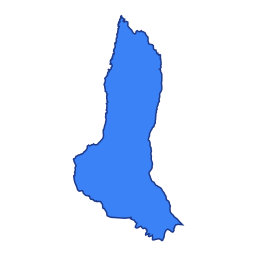 Butha-Buthe (Leribe District), Leribe, Lesotho
{"feature_id": "5366337B16917796092700", "entity_name": "Butha-Buthe (Leribe District)", "entity_type": "district", "adm_level": 2, "iso_a3": "LSO", "parent_name": "Lesotho", "parent_adm1": "Leribe", "projection": "equal_earth", "projection_center": [28.227, -28.764], "detail": "fine", "context": "isolated", "style": "filled", "palette": "blue", "viewbox_px": 256, "rotation_deg": 0, "n_neighbors": 0, "source": "geoboundaries", "source_scale": "gbopen_adm2", "svg_char_len": 5831}
<svg xmlns="http://www.w3.org/2000/svg" viewBox="0 0 256 256"><path d="M182.5,224.7L178.9,221.1L177.3,219.1L174.0,216.6L173.4,215.4L171.6,213.8L170.8,212.7L170.4,212.1L170.1,210.8L169.9,207.6L170.3,206.7L170.3,205.9L169.5,204.1L169.1,202.1L168.6,201.3L167.7,200.5L166.9,200.2L166.4,199.3L166.1,198.0L166.1,197.1L165.9,196.2L164.9,194.8L164.3,193.2L162.5,190.8L161.1,188.3L160.4,187.8L158.1,186.5L157.2,185.8L155.6,185.1L154.0,182.3L152.1,181.4L151.7,180.8L150.9,178.7L150.2,177.3L150.0,176.1L149.1,174.1L149.0,172.9L149.2,172.2L151.5,169.0L152.1,167.8L152.1,165.7L152.5,164.4L152.3,162.8L151.6,160.8L151.2,159.4L151.3,157.4L151.4,156.2L151.0,154.8L150.9,153.5L150.9,152.7L151.3,151.8L151.4,150.6L151.2,150.4L150.9,149.8L151.1,149.2L151.1,148.0L149.8,145.5L150.1,144.4L150.0,143.0L149.7,141.6L149.2,140.7L148.6,140.4L148.3,139.8L148.8,137.3L149.5,135.9L149.5,133.8L150.7,130.9L151.6,129.7L152.5,127.4L153.2,127.2L153.9,126.6L154.3,124.4L155.3,123.1L155.2,121.1L155.6,118.9L155.6,116.9L155.8,116.2L155.9,113.3L156.4,112.4L156.4,111.2L156.3,110.4L156.5,109.9L157.1,109.4L156.8,108.3L157.1,106.7L158.0,104.9L158.2,102.8L158.8,102.3L159.3,101.3L159.4,100.9L159.1,99.8L159.0,98.7L159.5,97.7L159.7,97.1L159.7,95.1L159.5,94.4L159.9,93.3L160.9,91.6L161.4,90.5L161.8,89.0L161.8,86.3L161.4,83.3L161.8,80.6L161.8,75.1L161.6,73.5L160.7,72.0L160.4,69.5L159.5,69.1L160.2,68.7L161.1,67.1L160.6,65.2L161.1,64.6L161.0,61.6L160.5,59.7L160.8,59.0L160.2,58.4L160.4,57.4L160.5,55.3L160.0,54.6L159.6,54.6L159.0,55.2L158.2,54.5L157.8,53.3L157.0,53.6L155.8,50.0L154.7,50.0L153.5,48.9L153.4,46.6L153.2,45.5L152.3,44.7L148.9,44.0L147.9,40.3L148.1,38.2L147.7,36.8L146.5,35.8L145.0,32.8L143.0,31.7L141.7,31.4L141.2,30.7L140.2,31.6L138.5,31.5L137.1,30.7L136.1,31.6L135.9,32.9L135.4,33.7L134.5,33.8L133.3,33.1L131.6,30.1L129.6,28.2L128.0,26.2L127.7,25.5L127.9,24.3L127.8,22.1L126.3,21.4L124.9,21.5L124.1,22.0L123.4,21.4L123.2,20.8L123.9,20.2L124.5,20.2L124.7,19.2L123.8,18.9L121.9,17.4L121.6,15.7L121.7,15.4L120.7,16.4L120.8,17.4L120.9,17.7L120.5,18.0L120.4,18.3L120.7,18.6L119.8,19.4L119.5,20.1L120.0,21.4L119.9,22.0L119.7,22.1L119.3,21.7L118.9,21.8L118.7,22.2L118.7,22.8L118.9,23.2L118.8,23.8L118.5,24.1L118.4,23.8L118.2,23.9L118.0,24.4L118.3,26.0L118.2,26.5L118.5,26.6L119.1,26.3L119.3,26.7L119.0,27.7L118.7,27.9L118.4,28.4L118.1,28.5L117.9,29.0L118.2,29.4L117.6,32.5L117.7,33.4L117.5,33.8L117.2,33.7L116.8,34.2L116.9,35.1L117.1,35.8L117.1,36.6L117.2,37.2L117.1,37.5L116.4,38.0L116.2,39.9L116.4,41.4L116.1,41.6L115.9,42.1L116.0,43.0L115.6,43.0L115.3,42.7L115.0,42.9L114.8,43.3L115.0,44.3L114.9,44.9L115.3,46.0L115.0,46.9L115.1,47.7L114.4,48.4L114.2,49.4L113.8,49.7L113.7,50.1L113.9,50.3L113.6,51.4L114.2,52.4L114.2,54.0L113.8,54.1L113.3,53.8L113.1,54.0L112.7,56.3L112.6,56.8L112.2,57.0L112.1,57.6L112.1,58.2L112.3,58.5L111.8,58.5L111.6,58.9L111.4,59.8L110.9,59.7L110.3,61.2L110.7,63.1L110.3,63.4L110.1,64.2L110.3,64.3L110.7,63.9L111.3,63.8L111.2,64.1L111.3,64.4L111.9,64.9L112.2,66.0L112.2,66.4L111.1,67.4L111.0,67.8L111.2,68.8L110.9,69.4L110.4,69.6L109.4,69.8L108.9,69.4L108.6,69.4L108.3,69.7L108.9,70.7L109.3,70.6L109.4,70.9L109.0,71.8L108.1,72.0L107.9,72.4L107.6,73.1L107.8,73.9L107.4,74.3L107.5,75.1L107.4,75.7L106.6,76.0L106.1,77.1L105.6,77.4L104.8,78.4L105.3,79.9L105.2,81.8L104.5,83.1L104.4,84.0L104.1,84.8L104.9,86.5L104.8,87.8L105.1,88.6L105.3,90.3L105.2,91.2L106.4,92.1L106.8,94.0L107.5,94.5L106.7,95.8L106.7,96.8L106.8,99.2L107.2,100.7L107.0,101.3L107.8,102.1L107.0,103.2L106.4,103.4L106.6,104.2L107.0,104.7L107.0,106.0L106.7,106.9L107.0,107.8L106.7,108.9L106.3,109.8L106.4,110.3L107.0,110.5L107.1,111.6L106.8,113.1L106.2,112.8L105.7,113.8L105.9,116.0L105.5,117.0L106.1,119.0L106.1,120.1L105.6,121.9L105.6,123.2L105.4,123.4L105.5,123.9L104.7,125.4L104.3,127.5L103.7,129.7L103.3,129.8L103.2,131.3L103.5,135.7L103.4,136.7L102.6,138.7L99.8,141.9L98.4,143.2L97.4,144.5L95.7,144.8L94.0,144.4L93.5,144.0L93.2,144.5L91.9,144.7L89.9,145.8L89.4,145.7L88.6,145.1L88.2,145.5L87.4,146.0L87.2,146.5L87.2,147.1L87.4,147.6L87.3,148.1L86.4,149.8L85.3,150.8L84.9,151.4L84.0,151.9L83.4,153.0L81.7,154.1L81.3,154.0L81.2,154.4L80.1,154.6L79.3,155.1L78.8,155.0L78.2,155.1L77.9,155.6L75.9,156.4L75.8,157.3L75.4,157.8L74.8,158.4L73.6,158.9L73.5,159.3L73.9,160.3L74.0,161.0L74.5,162.6L75.1,163.2L75.3,164.3L76.0,165.4L76.0,166.1L75.6,166.6L75.1,167.6L75.1,168.3L75.3,169.3L75.3,170.8L74.9,171.3L74.6,172.4L75.1,172.9L75.1,173.2L74.8,173.7L74.8,175.6L73.9,175.6L73.8,177.1L73.8,177.6L74.3,178.6L74.2,179.3L74.2,179.9L74.6,180.7L74.7,181.9L77.0,187.5L77.4,189.2L78.0,190.2L78.5,190.7L79.2,191.1L79.8,191.1L82.0,190.6L82.4,190.8L83.0,191.7L83.2,192.3L83.2,193.0L85.1,194.9L86.3,195.6L87.4,195.6L88.2,195.8L88.4,196.1L88.9,195.9L89.4,196.1L89.7,196.4L90.0,198.1L90.8,199.2L91.2,199.3L92.1,199.3L92.4,199.6L93.3,199.5L93.8,200.4L94.8,201.2L95.3,201.1L96.0,200.7L96.3,200.8L96.3,201.2L96.5,201.5L97.7,201.6L98.8,201.4L100.4,201.6L101.2,202.0L101.2,202.7L101.3,203.0L101.9,203.5L102.5,204.6L102.8,207.8L103.2,208.5L104.2,208.4L106.6,212.4L107.1,215.6L108.1,216.2L111.1,217.3L125.1,218.2L131.0,217.5L130.5,218.7L132.4,219.6L134.1,220.2L134.8,221.0L135.3,222.1L136.0,222.7L136.8,223.1L136.6,224.0L135.4,226.5L135.4,227.4L136.4,227.9L137.3,227.9L138.5,227.4L139.6,226.7L140.5,226.3L141.2,226.4L142.2,227.9L143.2,228.6L144.6,228.0L145.4,228.3L146.1,228.9L146.1,229.5L146.5,230.1L147.1,230.2L147.1,231.2L146.7,232.1L146.0,233.0L145.6,234.3L145.7,235.0L148.9,233.7L149.3,233.8L148.6,234.8L148.5,236.3L149.3,236.6L150.3,236.3L152.3,235.2L152.3,236.1L152.6,236.9L152.5,239.6L153.1,240.0L158.7,238.7L160.4,239.3L161.8,240.6L162.8,240.1L163.3,238.5L164.0,237.4L164.3,234.6L164.9,232.5L166.2,230.1L167.8,229.2L170.3,230.5L171.2,231.5L172.8,232.1L174.0,230.6L173.7,228.9L174.5,227.8L174.7,226.3L176.0,224.8L178.3,224.3L182.5,224.7Z" fill="#3b82f6" stroke="#1e3a8a" stroke-width="1.5"/></svg>